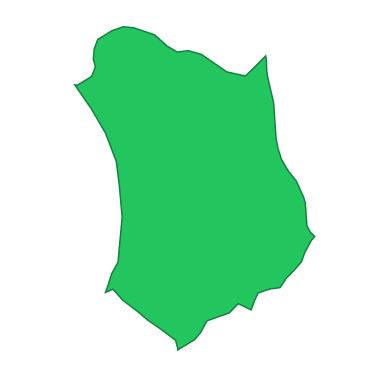 the district of Tokchon City, P'yŏngan-namdo, North Korea, rotated 95°
{"feature_id": "82179303B91694454499505", "entity_name": "Tokchon City", "entity_type": "district", "adm_level": 2, "iso_a3": "PRK", "parent_name": "North Korea", "parent_adm1": "P'yŏngan-namdo", "projection": "mercator", "projection_center": [126.309, 39.767], "detail": "fine", "context": "isolated", "style": "filled", "palette": "green", "viewbox_px": 384, "rotation_deg": 95, "n_neighbors": 0, "source": "geoboundaries", "source_scale": "gbopen_adm2", "svg_char_len": 982}
<svg xmlns="http://www.w3.org/2000/svg" viewBox="0 0 384 384"><g transform="rotate(95 192 192)"><path d="M41.4,289.9L48.2,299.2L58.2,301.9L68.2,301.9L75.7,299.2L85.6,302.0L95.5,315.4L95.5,318.1L118.1,299.4L140.7,283.4L168.3,270.0L193.3,264.7L223.3,259.4L245.8,259.5L268.3,259.6L280.7,265.0L293.2,267.7L299.6,269.4L295.7,262.3L305.8,251.6L315.9,235.6L323.5,224.9L331.1,211.5L341.2,195.4L348.7,192.7L350.6,192.5L338.9,176.6L331.4,171.2L319.0,165.8L314.1,155.1L309.2,144.3L299.2,136.2L304.3,122.8L294.4,120.1L286.9,117.4L282.0,106.6L279.6,95.9L269.6,90.5L259.7,82.4L252.3,77.0L242.3,74.3L229.9,68.9L225.7,65.9L221.4,70.9L215.5,74.6L193.1,78.2L188.0,80.1L172.0,89.0L162.7,97.9L152.0,105.6L141.2,110.1L130.5,113.1L96.2,118.4L70.7,126.7L65.1,128.1L53.2,129.5L50.0,130.5L59.5,138.3L71.9,149.0L69.3,167.8L61.7,181.2L54.1,194.6L51.5,208.0L53.9,218.8L48.8,229.5L38.7,242.9L36.1,253.6L33.5,264.3L33.4,275.0L38.3,285.8L41.4,289.9Z" fill="#22c55e" stroke="#15803d" stroke-width="1.5"/></g></svg>